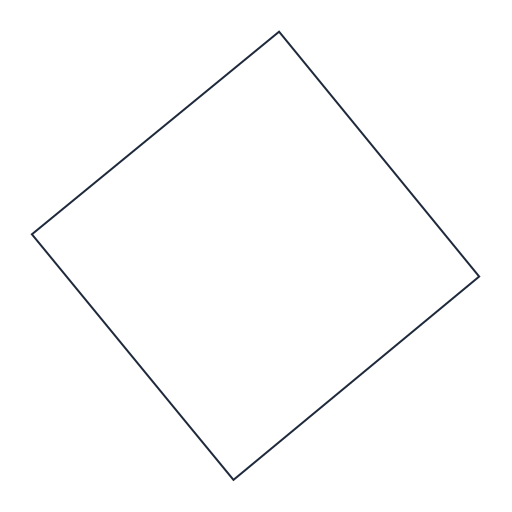 Dawson, Texas, United States of America, rotated 231°
{"feature_id": "52423323B68149389571600", "entity_name": "Dawson", "entity_type": "district", "adm_level": 2, "iso_a3": "USA", "parent_name": "United States of America", "parent_adm1": "Texas", "projection": "robinson", "projection_center": [-101.991, 32.743], "detail": "fine", "context": "isolated", "style": "outline", "palette": "slate", "viewbox_px": 512, "rotation_deg": 231, "n_neighbors": 0, "source": "geoboundaries", "source_scale": "gbopen_adm2", "svg_char_len": 232}
<svg xmlns="http://www.w3.org/2000/svg" viewBox="0 0 512 512"><g transform="rotate(231 256 256)"><path d="M177.5,97.0L96.2,97.6L99.6,416.5L415.8,415.1L413.9,95.5L177.5,97.0Z" fill="none" stroke="#1e293b" stroke-width="2"/></g></svg>